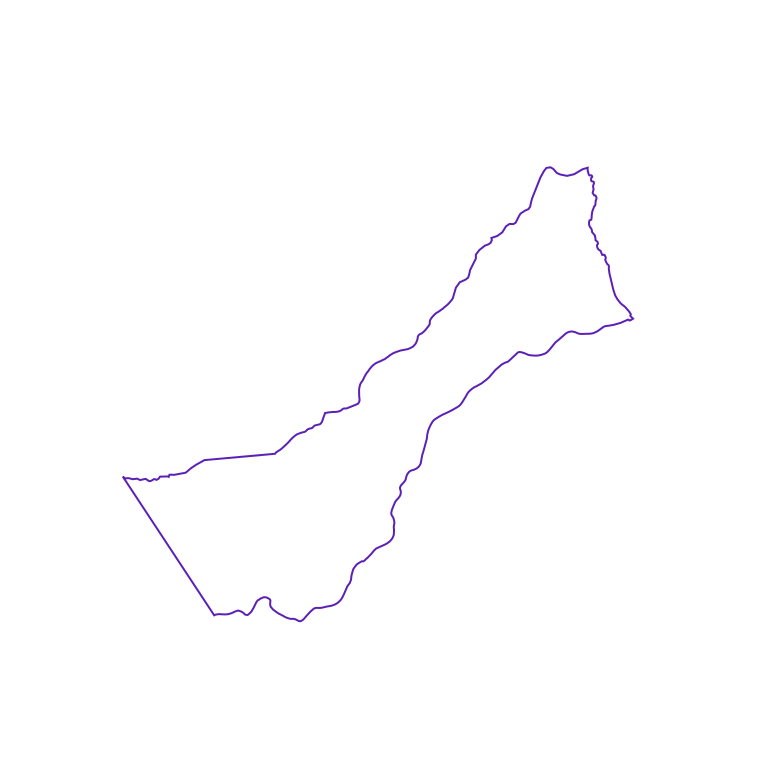 the district of Morne Sion, Choiseul, Saint Lucia, rotated 204°
{"feature_id": "8701671B5294461890646", "entity_name": "Morne Sion", "entity_type": "district", "adm_level": 2, "iso_a3": "LCA", "parent_name": "Saint Lucia", "parent_adm1": "Choiseul", "projection": "robinson", "projection_center": [-61.055, 13.791], "detail": "fine", "context": "isolated", "style": "outline", "palette": "violet", "viewbox_px": 768, "rotation_deg": 204, "n_neighbors": 0, "source": "geoboundaries", "source_scale": "gbopen_adm2", "svg_char_len": 6166}
<svg xmlns="http://www.w3.org/2000/svg" viewBox="0 0 768 768"><g transform="rotate(204 384 384)"><path d="M445.0,103.6L444.5,104.3L443.9,104.9L441.3,106.6L435.8,108.7L433.3,110.0L431.9,111.0L430.7,112.1L429.7,113.0L427.1,116.0L425.9,117.1L425.2,117.6L424.4,117.8L422.9,118.0L421.3,118.0L419.3,117.7L417.3,116.9L417.0,116.9L416.2,117.0L414.7,117.5L414.2,118.2L413.3,120.2L412.4,122.8L412.3,125.0L412.1,126.2L411.9,132.4L411.5,134.6L411.1,135.4L410.1,136.6L409.5,137.8L407.2,140.2L406.5,140.6L404.9,141.1L404.1,141.2L402.9,141.2L400.5,140.8L399.6,139.8L398.8,137.3L398.3,136.2L397.2,134.7L396.5,134.2L393.3,132.7L390.7,132.2L389.5,131.9L386.8,131.4L383.6,131.3L379.1,130.9L376.7,131.0L375.1,131.2L374.1,131.4L373.3,131.7L371.3,132.6L370.2,132.9L369.0,133.0L365.3,132.8L364.1,133.2L363.2,134.0L362.4,135.1L361.7,136.7L360.1,141.8L358.7,146.0L357.3,149.1L356.9,149.9L356.2,150.9L354.9,151.9L351.5,153.3L350.8,153.7L349.0,154.9L345.5,157.6L342.1,159.8L339.4,162.3L338.4,163.6L337.4,165.0L336.7,166.6L335.9,168.6L335.6,169.6L335.5,170.4L335.2,172.6L335.1,176.1L335.2,183.9L335.0,185.3L334.3,188.3L334.5,191.7L335.6,195.1L336.0,196.8L336.7,201.6L336.7,202.8L336.4,204.4L335.7,207.5L335.0,209.0L332.5,212.6L332.1,213.0L330.6,213.7L329.8,215.2L329.2,216.9L328.5,218.2L326.4,223.9L325.5,227.5L324.4,230.1L324.0,230.8L323.6,231.3L317.4,238.2L316.1,240.1L314.8,242.4L314.3,243.6L313.6,246.5L313.6,247.5L313.6,248.8L313.7,249.9L314.3,251.9L315.7,255.2L316.5,256.5L317.0,257.5L317.5,259.2L317.8,260.7L318.3,262.0L318.8,262.7L319.9,264.2L320.8,265.3L321.8,266.1L323.5,267.2L324.4,268.1L325.0,269.4L325.6,272.4L325.8,277.4L325.8,281.2L325.4,282.9L324.4,285.8L324.0,287.4L323.9,289.3L324.2,290.9L324.8,292.3L325.3,293.2L326.4,294.4L326.9,295.1L327.3,296.0L327.3,296.8L327.3,298.1L326.9,299.4L326.4,300.6L325.8,302.7L325.4,304.4L325.4,305.9L326.0,308.7L326.0,311.1L325.5,313.5L324.7,315.1L323.7,316.3L322.2,317.4L320.4,319.4L319.5,320.7L318.5,322.8L318.2,325.1L318.2,326.5L320.1,334.3L320.9,340.5L322.6,351.3L323.9,355.4L324.7,359.7L324.8,362.1L324.8,364.9L324.5,368.1L324.0,370.7L323.2,372.4L320.5,376.4L318.4,379.3L314.0,384.3L311.1,387.9L307.6,392.7L306.4,394.6L306.0,395.6L305.4,397.7L305.1,399.2L304.3,405.1L303.9,409.3L303.7,410.4L303.0,412.6L301.7,415.3L300.8,416.8L300.2,417.8L299.0,419.1L295.3,424.0L292.3,429.4L290.7,432.9L287.9,442.3L286.3,445.6L284.5,449.5L282.8,451.8L282.0,452.8L280.4,454.2L279.8,454.9L278.6,457.5L275.0,466.1L274.5,467.2L274.0,467.8L273.1,468.4L271.4,468.9L267.7,469.3L264.2,469.3L262.2,469.7L259.3,470.7L256.5,471.8L253.9,473.3L251.7,475.0L249.1,477.5L248.5,478.4L247.9,479.5L246.7,482.8L244.3,491.8L242.4,495.5L238.7,503.6L237.8,505.1L236.2,506.9L234.4,508.1L232.9,508.7L230.6,509.1L226.6,509.2L224.9,509.6L215.9,513.9L213.8,515.3L212.6,516.5L210.3,519.2L206.7,525.5L205.5,526.7L204.9,527.2L202.6,528.5L200.3,530.1L198.3,531.4L192.7,536.1L187.5,541.8L186.8,542.2L186.0,542.0L185.7,541.8L184.6,542.7L183.0,545.0L186.2,546.2L186.9,546.8L186.8,547.8L187.1,548.3L189.4,549.8L195.4,552.6L198.0,553.2L200.5,553.9L205.0,556.2L208.5,558.7L209.5,559.7L213.0,563.6L223.1,576.8L223.6,577.7L225.3,580.3L226.5,583.2L227.2,583.9L229.1,584.5L231.5,586.5L232.4,587.4L232.5,587.7L232.5,588.8L233.0,590.0L233.6,590.4L234.9,591.6L236.1,591.4L236.5,590.9L237.2,590.7L240.3,593.7L242.3,594.0L244.1,594.9L245.5,596.6L245.7,597.1L245.9,597.8L245.6,599.0L245.8,599.6L246.8,600.8L248.3,601.1L249.3,601.5L250.2,603.3L250.9,604.1L251.8,605.5L255.7,607.4L256.4,608.7L257.9,610.3L260.0,611.4L261.5,613.1L262.5,615.2L262.8,616.9L262.5,617.4L261.9,617.9L261.5,618.5L262.1,620.8L262.7,622.1L263.8,626.0L264.0,627.6L264.2,631.9L263.9,632.3L263.7,633.4L265.1,637.4L265.2,639.1L265.6,640.6L266.8,641.8L268.0,642.2L268.6,641.8L271.0,643.3L271.2,643.7L271.6,646.6L272.0,647.5L273.4,649.6L273.7,650.7L273.7,652.4L274.1,653.2L274.7,654.0L275.7,653.9L276.3,653.7L277.2,653.8L277.6,654.3L278.1,655.1L278.4,656.3L278.5,656.7L278.0,657.6L278.2,658.3L279.0,658.9L279.8,658.9L280.8,658.2L281.2,658.1L282.1,658.6L283.4,660.1L284.6,661.7L285.6,663.5L285.9,664.4L289.9,661.0L295.6,653.0L301.4,648.6L308.1,647.1L312.0,647.1L316.8,649.3L320.0,649.7L323.5,647.5L324.5,643.5L325.1,636.5L324.2,613.8L323.5,609.4L322.6,605.4L323.2,602.5L325.8,599.6L328.6,595.2L329.0,592.2L329.3,584.9L330.9,582.7L334.4,581.3L336.7,577.6L337.6,570.7L340.8,565.2L345.3,561.1L344.0,559.3L344.0,556.4L345.3,554.2L348.2,551.3L351.4,545.1L352.7,539.6L351.1,535.9L351.7,523.1L350.8,519.1L350.4,515.4L352.0,512.5L356.2,507.7L357.5,501.2L356.0,490.4L356.2,488.7L357.3,484.9L358.2,482.4L360.3,478.2L360.8,476.9L363.6,472.2L364.9,470.4L365.4,469.6L366.6,466.6L367.3,464.4L367.7,462.5L367.8,461.3L367.8,460.5L366.6,457.2L366.7,455.9L367.1,454.2L368.4,449.3L368.8,448.5L369.2,447.5L370.1,445.6L371.9,443.6L372.3,442.3L372.3,440.8L371.8,439.3L371.6,438.2L371.4,435.2L371.6,433.2L371.9,432.4L372.6,430.2L373.4,429.0L374.6,427.5L376.3,425.7L380.6,422.6L382.3,421.5L386.0,418.1L388.5,415.4L388.9,414.7L389.9,413.3L390.6,412.2L391.0,411.1L392.5,408.8L393.4,407.0L394.6,405.8L396.6,403.3L397.5,402.5L399.9,399.7L401.0,397.9L402.0,395.8L402.5,394.3L402.7,393.4L403.1,392.4L403.5,390.1L404.4,386.4L404.7,383.9L404.9,378.9L405.5,375.6L405.6,373.9L405.3,372.1L404.7,369.3L403.7,367.0L401.5,362.4L399.8,359.5L399.4,357.8L399.6,355.8L400.3,354.7L401.6,353.3L408.0,346.7L409.2,345.9L410.4,345.5L411.2,344.8L411.6,344.3L412.3,342.7L413.7,340.9L414.4,340.5L415.2,339.8L416.7,338.9L420.3,337.2L422.2,335.9L423.7,335.2L425.3,333.9L426.0,333.6L425.7,328.6L425.5,327.0L425.3,324.2L425.6,322.4L425.9,321.7L426.5,320.9L429.9,318.3L430.5,317.8L430.7,317.4L431.4,315.5L431.5,315.0L432.5,313.9L433.7,313.1L435.0,311.9L435.5,311.1L436.3,309.0L437.0,308.0L440.2,305.5L443.1,302.5L444.3,300.5L445.4,298.3L446.3,296.0L447.0,293.9L448.0,290.8L451.3,283.1L452.4,281.2L454.7,277.8L455.2,275.9L517.0,241.5L522.5,234.2L525.9,228.9L529.1,222.3L539.0,215.5L541.6,214.6L543.1,213.8L542.9,211.6L543.9,211.6L550.9,208.3L551.4,205.8L552.8,203.9L554.5,203.9L555.6,203.4L556.7,201.7L557.8,200.4L559.1,199.7L563.2,200.4L567.8,197.0L570.8,197.2L575.1,194.7L577.1,194.5L579.3,194.0L582.1,192.5L585.0,193.2L445.0,103.6Z" fill="none" stroke="#5b21b6" stroke-width="2"/></g></svg>